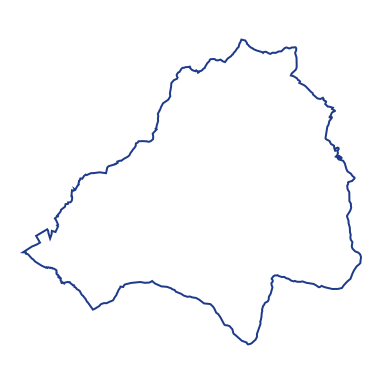 Bretcu, Covasna, Romania
{"feature_id": "2599482B63813155065501", "entity_name": "Bretcu", "entity_type": "district", "adm_level": 2, "iso_a3": "ROU", "parent_name": "Romania", "parent_adm1": "Covasna", "projection": "orthographic", "projection_center": [26.35, 46.045], "detail": "fine", "context": "isolated", "style": "outline", "palette": "blue", "viewbox_px": 384, "rotation_deg": 0, "n_neighbors": 0, "source": "geoboundaries", "source_scale": "gbopen_adm2", "svg_char_len": 5873}
<svg xmlns="http://www.w3.org/2000/svg" viewBox="0 0 384 384"><path d="M341.9,288.0L344.0,285.0L347.5,281.3L350.5,278.8L352.6,273.2L354.1,270.2L356.7,266.3L359.4,264.1L360.4,262.9L360.5,260.7L361.0,257.7L360.8,256.3L360.0,254.2L358.3,252.6L355.2,251.4L352.7,248.8L352.1,247.7L351.8,246.0L352.4,242.1L350.8,239.7L350.5,238.6L350.4,237.1L350.7,234.7L350.0,232.2L349.8,227.5L348.6,223.4L348.5,220.7L347.0,216.4L347.1,215.7L350.1,210.9L351.2,207.8L350.9,205.5L350.9,203.7L349.4,201.1L349.3,192.6L349.1,191.6L348.3,190.6L347.5,188.7L347.2,185.7L348.2,183.9L348.0,182.6L348.3,182.1L352.2,180.9L354.2,178.8L354.6,178.2L354.5,177.6L352.5,176.0L350.9,173.7L347.5,171.4L346.4,169.1L344.8,163.4L343.2,160.8L338.7,159.4L337.9,158.5L338.3,157.9L339.3,157.6L341.3,158.2L341.6,157.9L341.3,157.4L339.0,155.9L336.4,157.0L335.8,156.7L337.1,155.4L337.6,154.3L337.9,152.7L337.5,151.0L338.7,149.0L338.5,148.0L337.6,147.6L335.8,148.4L335.4,149.3L335.7,150.6L335.2,150.8L334.4,148.7L333.9,145.6L331.0,144.0L329.5,141.0L325.9,139.1L325.5,138.2L327.3,126.8L328.5,124.8L329.3,121.2L331.9,117.7L331.6,117.0L330.0,117.4L329.6,117.3L329.6,116.9L330.6,115.8L331.5,113.4L332.3,112.3L334.9,111.0L334.9,110.7L332.0,109.0L332.9,107.7L329.0,106.6L327.8,106.6L325.2,104.0L326.1,101.8L325.7,101.2L324.4,100.7L323.4,99.7L323.7,99.2L322.9,97.8L320.3,99.0L317.4,98.4L313.1,94.6L312.6,93.1L310.8,91.7L305.7,86.4L304.1,85.2L299.3,82.9L300.0,81.5L299.4,80.6L297.9,79.9L297.0,78.3L293.3,76.1L290.9,75.5L291.6,73.6L295.7,69.8L296.5,68.1L296.7,65.6L296.5,57.5L295.2,53.3L295.2,52.5L296.2,50.4L296.2,48.3L295.8,47.5L295.2,47.2L293.6,47.5L292.2,47.4L289.4,48.5L286.6,47.5L285.9,47.6L284.6,48.2L281.4,51.3L278.5,51.5L275.7,52.9L272.5,52.7L270.4,53.9L269.1,53.5L266.0,51.8L264.1,51.9L263.1,52.9L262.7,52.3L256.4,50.4L253.4,49.1L253.2,48.7L250.8,47.5L249.0,46.0L248.7,45.4L247.0,43.9L247.0,43.1L245.3,40.5L241.4,39.6L240.1,42.8L239.6,43.3L238.5,47.2L237.2,48.3L235.2,51.4L233.8,52.7L232.9,54.4L232.3,54.6L231.0,56.2L227.6,58.6L225.0,62.1L222.9,61.4L220.6,59.6L217.7,60.4L216.0,60.2L215.4,59.5L214.0,59.0L210.5,59.2L209.9,59.7L209.2,61.4L207.4,63.0L205.2,66.7L204.8,67.9L203.5,68.6L202.3,70.1L201.0,70.9L199.9,71.1L199.2,71.9L198.0,72.7L197.8,72.3L198.2,71.8L198.1,71.3L196.7,70.9L196.2,70.4L195.4,71.2L192.7,70.3L191.5,69.5L190.2,68.2L190.2,67.1L189.8,66.6L188.6,67.0L185.3,67.2L184.0,67.8L182.6,67.8L181.4,68.8L179.5,71.9L178.1,72.6L176.9,74.4L176.7,74.8L176.9,76.3L177.6,77.5L177.1,78.7L173.8,80.2L171.3,83.2L171.1,86.7L169.9,93.4L170.3,96.2L168.3,99.7L163.0,103.3L161.1,106.9L160.1,109.7L159.4,110.5L159.3,111.4L158.7,112.1L157.9,113.8L158.3,116.5L157.9,118.3L158.1,121.1L156.7,125.6L156.4,128.0L155.6,128.6L155.8,129.2L156.5,129.5L152.7,133.6L153.2,136.3L153.1,139.0L152.8,139.4L150.7,141.2L148.5,141.8L146.6,141.3L142.3,141.1L138.5,141.3L137.6,142.7L135.9,143.4L135.7,145.9L134.4,148.0L133.6,148.7L130.4,153.2L129.5,155.2L127.8,156.7L123.9,158.8L121.2,160.8L120.2,160.6L117.3,161.6L117.7,162.8L115.2,163.9L115.4,164.2L108.6,166.2L107.3,167.5L106.0,173.2L99.7,172.3L93.8,173.1L91.1,173.1L86.6,175.1L85.7,174.6L84.0,176.0L82.3,178.7L80.4,178.4L80.1,179.0L80.2,179.7L79.0,180.8L79.1,181.7L78.8,182.1L78.5,184.0L78.8,184.3L78.6,184.7L78.2,184.7L77.9,185.6L77.3,186.1L75.6,189.2L74.9,189.4L74.5,189.1L74.9,190.0L73.6,190.3L73.5,190.7L72.0,190.3L71.4,196.2L72.0,196.3L72.2,198.1L71.8,200.6L71.3,201.4L70.4,202.3L68.1,202.4L67.9,203.9L65.6,204.1L65.0,206.7L61.0,209.8L60.8,211.0L60.2,212.1L57.2,215.6L58.1,216.1L58.0,216.4L56.7,216.9L54.9,218.4L56.1,220.2L58.0,224.5L57.1,225.4L58.1,226.2L55.5,232.0L51.9,230.9L51.5,234.6L50.1,238.5L48.4,232.9L48.1,230.8L47.2,229.3L36.1,235.9L40.0,242.6L36.6,244.6L32.0,246.5L23.0,252.3L25.9,252.5L25.9,253.7L27.4,254.0L28.3,254.6L31.8,258.5L32.9,259.1L35.2,261.6L41.5,265.6L45.9,267.7L46.3,267.2L47.4,267.9L47.9,267.3L48.2,267.2L49.9,268.0L50.7,267.6L51.7,268.1L52.2,268.0L52.5,268.5L53.8,268.6L56.3,270.1L56.6,271.0L56.4,271.8L56.7,272.5L56.4,273.0L56.6,274.0L57.0,274.5L57.9,274.7L58.2,275.8L58.6,275.8L58.9,276.2L58.5,277.3L59.1,277.6L59.9,277.5L59.9,278.1L60.8,278.3L60.9,278.9L60.6,279.4L60.5,280.1L60.8,280.8L61.5,281.4L61.3,282.2L61.6,282.9L62.6,282.5L63.0,283.0L63.6,282.8L64.2,283.5L64.8,282.7L65.4,282.5L67.9,281.9L68.9,282.3L69.7,282.1L70.1,282.4L70.4,283.2L72.5,284.7L72.8,285.3L73.8,285.2L74.5,286.2L74.5,287.1L75.2,287.3L76.2,288.0L76.6,288.9L79.6,290.8L81.7,294.7L83.1,295.9L85.7,299.2L86.9,301.6L88.1,302.8L92.9,309.6L94.6,308.9L99.5,305.9L100.3,304.7L101.5,303.9L104.1,303.1L106.7,303.2L108.8,302.1L112.7,300.5L113.6,299.5L114.4,297.8L116.6,294.8L116.8,293.5L117.4,292.8L118.4,290.3L120.3,287.4L120.5,286.6L123.2,287.0L124.2,285.1L125.1,284.4L131.3,282.9L140.3,282.0L144.7,282.8L149.0,282.6L150.9,281.9L152.1,281.0L154.8,283.4L161.4,286.4L166.8,286.8L171.1,288.3L172.2,289.2L174.6,290.0L175.9,291.7L181.1,293.8L183.8,295.6L187.4,296.8L189.9,296.5L192.3,297.4L195.9,297.9L199.1,299.6L204.0,303.4L209.9,304.0L210.6,304.3L213.0,306.6L214.3,308.5L216.2,312.7L218.2,314.1L220.3,317.1L224.2,324.4L225.2,325.2L227.5,325.4L229.5,326.1L232.4,329.3L233.3,333.1L234.0,334.1L235.0,334.7L241.9,340.8L246.6,342.5L247.0,343.5L248.0,344.4L250.9,343.7L252.0,342.9L255.6,339.6L256.9,337.0L257.0,333.8L260.4,324.2L260.5,322.5L260.2,321.5L260.7,320.6L261.4,317.3L261.8,312.6L262.3,311.2L262.0,309.9L263.0,306.3L263.4,305.5L264.1,304.9L264.8,303.2L265.8,302.4L267.5,301.6L268.3,300.5L268.7,299.3L268.9,296.7L270.6,293.9L272.4,287.6L272.4,287.1L271.6,285.1L271.4,283.1L272.6,281.8L272.8,280.8L272.6,280.1L271.6,278.8L271.7,278.5L273.5,276.2L274.8,275.4L276.7,275.5L277.6,275.2L278.7,276.0L281.8,277.0L284.2,276.9L286.4,278.3L288.9,278.9L290.9,280.5L293.9,281.4L295.0,280.9L296.4,281.6L298.2,281.8L300.6,281.8L302.5,281.4L306.4,282.8L313.4,283.9L315.6,285.0L318.8,287.2L319.7,287.1L321.6,285.9L324.7,287.2L332.4,289.0L338.0,288.9L341.9,288.0Z" fill="none" stroke="#1e3a8a" stroke-width="2"/></svg>